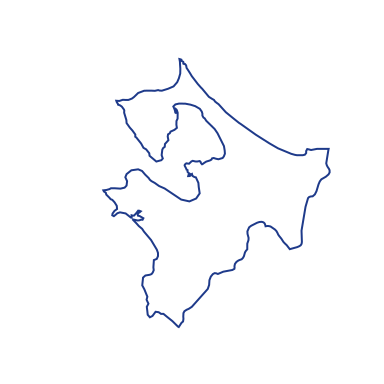 Aomori, Equal Earth projection, rotated 311°
{"feature_id": "JPN-1863", "entity_name": "Aomori", "entity_type": "Prefecture", "adm_level": 1, "iso_a3": "JPN", "parent_name": "Japan", "parent_adm1": "", "projection": "equal_earth", "projection_center": [140.822, 40.879], "detail": "fine", "context": "isolated", "style": "outline", "palette": "blue", "viewbox_px": 384, "rotation_deg": 311, "n_neighbors": 0, "source": "natural_earth", "source_scale": "10m", "svg_char_len": 4546}
<svg xmlns="http://www.w3.org/2000/svg" viewBox="0 0 384 384"><g transform="rotate(311 192 192)"><path d="M81.4,270.6L81.2,269.7L81.7,262.0L81.4,254.4L81.3,250.4L79.7,248.6L79.4,245.7L77.7,243.1L72.5,243.5L69.8,242.4L70.3,239.1L73.0,236.2L75.7,233.2L79.1,232.4L80.9,228.4L83.7,227.0L85.1,224.2L87.3,219.9L88.9,215.7L95.3,211.2L98.4,211.6L101.8,214.4L103.5,215.3L105.5,215.2L107.9,214.4L109.8,212.3L115.6,207.9L118.4,209.3L121.3,208.4L123.7,206.3L125.4,203.3L128.9,192.6L130.6,181.7L131.5,178.5L131.4,174.2L131.9,170.5L132.3,165.7L132.7,165.7L134.8,169.6L136.0,170.8L137.7,171.7L138.6,172.9L140.3,172.5L139.5,168.3L138.7,166.7L139.6,165.6L140.8,165.3L142.3,165.8L143.8,166.0L143.3,164.5L142.6,163.6L139.9,163.8L138.5,163.8L136.1,163.7L135.3,162.8L134.8,161.7L133.9,162.5L133.0,163.3L132.6,162.6L132.4,158.1L132.3,156.0L129.4,151.0L127.0,149.6L124.7,149.3L122.5,148.9L122.1,147.1L123.6,146.2L127.0,145.9L130.0,146.6L132.2,144.3L133.4,140.4L133.8,137.0L133.2,135.3L133.5,133.4L133.8,129.0L134.9,127.4L134.6,125.2L135.1,124.0L137.4,126.1L140.0,127.8L141.7,128.4L144.1,131.2L147.6,135.8L151.1,138.3L153.9,138.4L157.6,135.9L159.4,132.0L162.6,130.9L168.6,132.0L173.8,136.5L175.1,140.5L174.4,145.2L174.1,150.3L173.6,152.0L173.6,154.2L174.4,157.9L174.9,163.2L176.7,169.0L179.2,188.8L183.2,196.2L189.8,199.4L196.0,198.7L200.2,193.8L203.1,190.8L205.6,185.3L204.9,184.1L204.5,182.1L205.1,180.8L205.6,180.1L204.5,179.7L203.3,180.1L202.4,179.7L201.5,178.7L202.7,178.1L204.3,178.0L204.1,176.6L204.3,175.4L205.6,174.3L205.3,173.2L205.8,172.4L207.1,169.1L208.0,168.6L209.9,168.9L211.4,171.2L214.7,171.5L216.0,172.1L217.2,174.4L218.3,175.8L220.4,177.5L220.4,178.6L220.1,178.9L220.1,179.0L219.7,179.9L219.5,181.4L220.1,181.7L221.6,182.0L224.3,182.8L227.5,184.8L229.1,185.4L230.6,185.1L231.9,186.1L232.7,188.0L234.0,190.4L235.2,191.2L237.7,192.8L239.7,192.7L242.5,191.7L244.7,189.5L247.6,186.0L253.1,172.7L254.4,167.7L255.1,156.0L255.9,153.3L255.7,151.8L256.5,149.7L258.0,148.4L259.1,146.6L259.9,143.3L258.9,138.1L256.9,133.5L254.2,128.9L250.2,124.2L247.2,122.0L244.3,121.8L243.1,124.3L242.2,125.8L241.0,127.3L241.1,128.0L242.0,128.2L242.7,127.0L243.6,125.9L244.0,125.6L244.0,126.2L243.7,127.1L242.4,129.2L237.9,133.0L235.4,133.7L232.5,136.1L230.5,138.5L227.4,138.0L223.5,136.2L221.7,136.7L219.8,136.1L217.9,137.3L215.6,140.2L210.5,140.1L208.2,141.8L206.2,141.4L204.5,141.8L199.9,144.9L198.1,148.0L195.9,148.0L191.6,145.1L191.5,138.2L191.5,136.2L193.2,134.3L194.1,129.4L193.5,126.4L195.2,121.8L196.0,117.5L196.6,114.3L196.5,112.9L198.2,111.5L199.3,106.7L199.8,102.8L201.1,97.4L203.2,95.3L207.3,88.8L209.2,87.3L209.6,86.5L210.4,83.0L210.2,80.9L209.4,78.9L209.9,78.3L210.4,76.4L211.2,75.0L213.0,77.4L216.2,79.3L218.0,81.6L219.8,83.6L221.8,84.7L223.2,85.4L225.6,85.9L231.4,86.4L237.1,89.5L241.8,94.8L244.0,97.6L246.7,99.6L247.3,101.0L248.7,102.8L254.2,106.2L259.6,108.8L265.1,108.8L269.2,107.5L273.7,105.4L277.4,102.3L280.2,99.5L282.4,97.4L284.1,95.3L284.5,96.1L284.9,97.2L284.1,98.3L284.5,99.9L284.3,100.5L283.2,101.2L283.4,102.0L284.0,102.7L283.7,104.5L282.1,106.5L281.4,109.1L280.3,112.8L279.3,115.8L277.3,125.6L276.7,130.2L276.6,131.9L274.9,142.3L275.5,146.3L275.9,148.1L275.4,150.1L275.5,152.5L275.7,154.4L274.4,165.2L274.7,174.5L275.0,182.1L275.3,184.2L277.1,202.6L279.5,218.5L281.4,228.3L285.9,241.8L287.5,245.2L288.7,247.2L292.5,251.5L294.2,252.7L296.3,252.6L297.8,251.3L300.0,250.8L300.9,252.4L301.8,254.3L306.5,258.0L314.2,266.8L313.3,267.3L301.7,274.5L300.5,276.4L299.8,278.3L299.4,280.0L298.7,281.5L297.1,283.0L294.9,283.5L291.4,283.0L286.4,281.3L283.8,281.5L280.7,282.5L274.3,285.4L270.8,286.3L267.9,285.9L266.6,284.6L265.1,283.7L263.5,283.6L255.3,287.4L234.7,300.0L226.4,307.7L224.8,308.7L223.1,309.0L221.4,308.5L219.5,307.6L213.0,303.3L214.0,298.4L214.1,295.9L214.3,293.8L215.4,290.0L216.0,286.6L216.4,285.0L217.2,283.3L217.9,281.3L218.1,279.2L217.5,273.9L216.6,272.2L215.8,271.2L214.4,270.0L214.8,269.5L215.2,268.8L215.7,268.0L216.0,267.0L216.0,266.1L215.8,265.3L215.4,264.5L214.9,263.8L213.5,262.5L211.5,261.3L205.3,258.8L202.8,258.3L198.7,259.6L196.8,261.4L194.5,264.8L192.7,266.2L189.3,267.6L185.0,271.3L183.0,271.3L181.2,271.6L177.6,273.3L175.7,273.7L173.8,273.6L171.7,272.4L170.2,271.8L168.3,271.4L165.9,271.6L163.9,272.7L162.8,273.8L161.8,274.4L159.6,273.6L152.4,267.9L147.1,265.3L146.5,263.6L145.6,262.3L143.7,261.6L140.5,261.7L136.9,263.0L133.1,265.9L129.2,267.5L105.2,267.2L101.7,266.2L99.6,265.2L97.1,264.5L95.0,265.0L92.2,267.2L90.6,268.8L88.4,270.2L86.4,269.9L81.4,270.6L81.4,270.6Z" fill="none" stroke="#1e3a8a" stroke-width="2"/></g></svg>